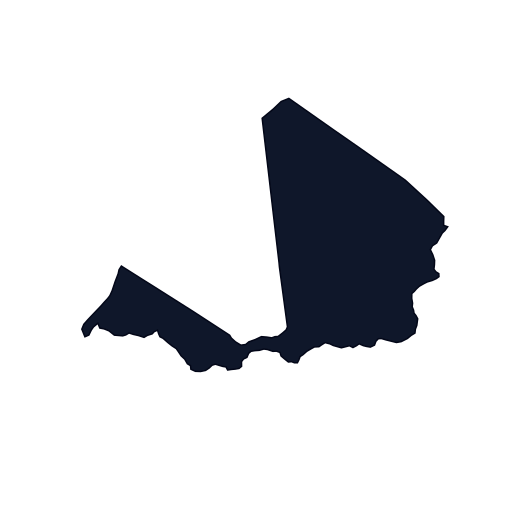 the district of Bom Lugar, Maranhão, Brazil, rotated 248°
{"feature_id": "56859067B20670689948279", "entity_name": "Bom Lugar", "entity_type": "district", "adm_level": 2, "iso_a3": "BRA", "parent_name": "Brazil", "parent_adm1": "Maranhão", "projection": "albers", "projection_center": [-45.064, -4.297], "detail": "fine", "context": "isolated", "style": "filled", "palette": "ink", "viewbox_px": 512, "rotation_deg": 248, "n_neighbors": 0, "source": "geoboundaries", "source_scale": "gbopen_adm2", "svg_char_len": 2243}
<svg xmlns="http://www.w3.org/2000/svg" viewBox="0 0 512 512"><g transform="rotate(248 256 256)"><path d="M253.4,67.1L245.2,67.1L245.3,71.4L249.0,75.5L251.1,78.7L252.9,84.2L247.7,84.2L245.3,87.9L241.6,91.7L235.7,95.0L231.9,102.5L231.6,105.7L232.2,109.4L229.2,113.0L226.3,117.2L222.5,121.7L223.1,125.6L222.7,130.6L224.0,133.3L224.1,136.9L220.3,136.6L217.1,136.7L214.5,139.0L208.9,141.8L204.1,144.5L200.0,147.4L196.4,148.2L191.5,149.2L187.0,151.3L181.8,152.0L178.9,154.2L175.4,153.2L171.8,156.6L169.7,161.3L168.8,166.4L169.7,170.7L171.2,174.4L170.9,177.8L168.3,181.0L166.0,183.9L164.4,186.6L160.9,187.0L160.1,190.4L158.9,194.5L158.1,198.1L159.1,201.3L163.5,203.0L165.2,205.9L165.4,209.6L168.5,212.7L169.5,215.7L168.7,219.4L167.3,223.7L166.8,228.4L165.0,231.6L161.3,235.9L160.1,239.3L157.6,242.1L153.9,241.8L149.9,243.9L145.6,246.3L144.7,249.4L142.6,251.6L141.5,254.4L143.6,256.8L146.2,259.2L146.9,262.6L148.6,267.4L149.4,272.8L149.8,276.1L148.3,280.4L149.0,283.3L149.8,287.6L146.8,291.7L144.1,294.1L141.7,297.2L138.9,300.8L138.2,305.9L137.8,309.0L134.8,311.6L135.2,315.6L136.0,318.7L132.7,321.9L130.8,324.5L128.7,327.9L129.0,332.5L132.0,335.2L133.5,338.5L132.4,341.5L129.6,345.0L127.2,348.3L123.2,353.8L122.2,358.5L122.8,365.5L124.3,370.2L125.0,374.5L128.5,376.4L131.4,379.1L134.1,380.6L137.2,382.4L140.9,382.0L143.8,381.1L146.8,381.8L150.4,381.8L153.6,383.5L158.3,384.5L162.8,386.4L163.9,389.5L165.4,392.4L166.8,396.1L167.5,401.4L167.8,405.0L167.3,410.2L167.5,414.8L168.3,417.9L171.2,418.9L173.9,416.9L177.1,416.0L180.9,418.1L185.1,420.0L191.0,420.4L196.6,420.0L199.4,423.4L200.4,428.4L207.5,437.3L208.9,440.8L211.3,444.7L214.1,441.5L218.1,443.1L222.2,444.9L243.3,435.7L270.4,422.8L274.3,420.3L316.3,393.2L343.7,375.3L389.8,345.5L389.8,337.2L385.8,327.1L381.4,313.3L316.5,295.5L286.3,287.2L241.4,274.9L237.1,273.6L178.5,258.6L176.2,256.3L174.6,251.7L173.1,246.3L174.1,243.4L174.2,240.0L176.8,235.6L179.2,230.8L178.8,223.9L179.1,217.2L177.8,213.3L179.0,208.6L184.1,204.8L189.1,202.4L192.4,201.9L227.9,177.1L266.4,149.5L278.0,141.1L297.1,127.4L294.6,123.9L291.1,121.5L285.1,115.9L277.7,109.6L274.0,105.7L272.1,102.5L270.1,98.2L267.7,93.4L261.5,79.7L259.8,76.0L257.2,70.8L253.4,67.1Z" fill="#0f172a" stroke="#020617" stroke-width="1.5"/></g></svg>